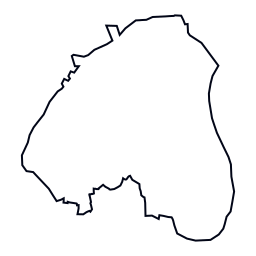 Jos North, Plateau, Nigeria (Natural Earth projection)
{"feature_id": "59680162B88998270560680", "entity_name": "Jos North", "entity_type": "district", "adm_level": 2, "iso_a3": "NGA", "parent_name": "Nigeria", "parent_adm1": "Plateau", "projection": "natural_earth1", "projection_center": [8.888, 9.939], "detail": "fine", "context": "isolated", "style": "outline", "palette": "ink", "viewbox_px": 256, "rotation_deg": 0, "n_neighbors": 0, "source": "geoboundaries", "source_scale": "gbopen_adm2", "svg_char_len": 2099}
<svg xmlns="http://www.w3.org/2000/svg" viewBox="0 0 256 256"><path d="M175.6,15.4L174.7,15.4L173.9,15.9L169.6,16.1L165.4,16.4L159.0,16.7L152.6,17.0L146.4,19.8L140.8,20.1L140.0,20.2L135.8,20.4L125.4,28.3L119.7,34.9L116.8,25.9L106.3,25.6L112.4,40.6L106.9,44.2L94.4,49.8L88.2,55.1L83.9,56.7L73.5,54.8L71.8,56.0L74.9,66.2L78.8,66.2L74.2,72.6L70.7,71.4L68.4,76.1L69.9,78.6L68.1,80.8L64.2,78.9L61.8,83.6L63.4,86.7L61.8,88.7L57.7,91.4L49.6,101.8L43.7,114.5L37.6,122.2L33.6,127.4L29.6,135.1L29.2,136.8L27.8,142.6L21.9,155.3L22.3,165.2L26.5,171.1L33.2,172.1L35.4,174.5L42.1,181.6L48.8,188.7L53.3,195.9L55.7,199.6L56.6,201.1L60.5,199.9L61.5,199.5L63.3,198.5L63.7,198.3L63.7,200.3L63.5,202.6L67.6,203.1L67.7,201.8L69.5,202.4L76.6,203.5L76.8,203.7L77.0,205.3L78.6,205.1L78.6,207.1L78.6,208.5L77.5,214.2L82.5,214.3L83.3,214.3L85.4,212.9L86.4,212.2L88.3,211.3L89.5,210.9L90.4,211.7L92.0,209.3L91.0,205.1L90.4,203.2L91.0,202.1L89.9,196.8L89.3,194.7L89.4,194.3L90.0,194.2L90.7,194.4L91.6,193.9L92.5,194.0L93.9,193.5L93.7,190.6L93.7,188.6L94.6,188.8L95.3,188.7L95.7,188.9L96.2,189.0L96.5,189.0L96.8,189.1L97.5,189.1L97.9,189.0L98.5,189.1L98.7,188.8L98.5,188.5L100.4,187.0L102.2,185.5L103.1,184.8L105.4,186.8L107.3,187.8L109.1,188.8L109.5,189.4L110.5,189.6L113.7,189.1L114.3,189.0L117.7,187.2L120.4,185.5L122.2,181.8L123.1,178.3L123.9,178.9L124.7,179.3L125.4,179.5L125.9,179.5L126.3,179.4L126.8,178.9L128.1,177.0L129.0,176.2L130.1,175.8L132.3,179.8L138.8,183.7L139.4,184.1L139.7,188.4L140.7,191.2L141.3,195.3L143.4,197.0L144.5,197.4L145.2,202.9L145.5,215.9L152.0,215.6L158.7,219.0L159.4,215.2L163.5,215.9L168.2,217.0L171.6,217.3L172.4,218.6L173.1,220.3L174.4,225.5L177.2,233.5L179.9,234.9L187.0,238.6L195.6,240.6L204.1,240.2L210.5,239.9L218.8,234.5L223.3,228.7L224.7,224.2L226.6,216.7L230.6,211.5L232.4,201.5L234.1,191.5L231.4,176.7L230.9,164.4L228.5,157.0L223.8,147.4L216.9,132.8L214.9,126.9L214.4,125.5L212.0,118.2L209.2,101.0L208.9,93.5L210.6,83.5L212.5,76.0L218.4,65.7L201.5,42.9L189.8,35.3L188.0,32.6L187.6,24.0L185.0,24.3L183.5,20.4L181.2,15.7L175.6,15.4Z" fill="none" stroke="#020617" stroke-width="2"/></svg>